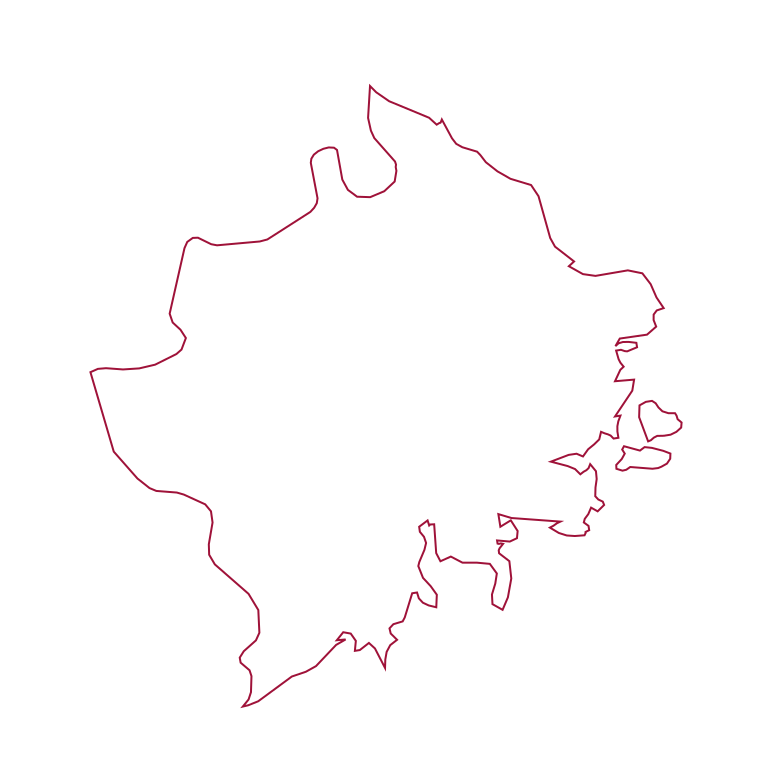 outline of Olbia-Tempio, rotated 81°
{"feature_id": "ITA-5375", "entity_name": "Olbia-Tempio", "entity_type": "Province", "adm_level": 1, "iso_a3": "ITA", "parent_name": "Italy", "parent_adm1": "", "projection": "natural_earth1", "projection_center": [9.374, 40.9], "detail": "fine", "context": "isolated", "style": "outline", "palette": "rose", "viewbox_px": 768, "rotation_deg": 81, "n_neighbors": 0, "source": "natural_earth", "source_scale": "10m", "svg_char_len": 3616}
<svg xmlns="http://www.w3.org/2000/svg" viewBox="0 0 768 768"><g transform="rotate(81 384 384)"><path d="M87.5,351.2L94.6,346.1L105.5,334.7L128.1,297.8L136.1,291.4L134.8,288.3L134.8,287.4L134.4,287.0L131.8,285.5L152.0,278.4L158.1,275.1L162.4,269.6L169.1,255.7L173.0,253.0L180.9,248.7L191.7,238.7L201.1,227.0L210.5,207.6L222.7,202.0L265.8,197.0L275.1,193.6L292.7,177.1L296.6,183.0L306.6,170.3L310.3,158.2L309.9,125.4L315.1,111.5L327.1,105.0L341.2,101.3L352.8,95.9L354.0,103.1L357.6,106.8L363.0,107.7L369.9,106.2L376.4,116.5L376.0,144.0L382.8,149.5L380.5,146.0L379.9,141.5L380.7,135.8L382.8,128.3L387.3,128.3L389.8,138.7L389.2,141.0L387.3,144.6L387.3,149.5L396.2,148.4L399.9,147.2L404.4,144.6L407.0,148.4L417.4,155.4L418.8,136.3L429.4,139.8L452.2,160.9L452.2,155.4L457.5,158.4L462.2,160.1L467.4,160.9L473.8,160.9L473.8,165.8L470.4,168.2L468.7,170.8L467.3,173.7L465.2,177.1L472.4,180.1L476.5,185.9L480.4,192.6L486.7,198.8L483.0,204.7L482.9,212.7L486.8,231.3L493.8,215.4L497.9,208.6L503.9,204.2L501.9,200.6L500.8,197.6L499.1,195.1L495.4,192.9L503.3,188.3L511.1,188.8L519.3,191.3L527.9,192.9L531.6,190.4L534.4,186.3L537.9,185.5L543.2,192.9L538.5,198.8L544.5,202.6L548.6,206.8L552.0,208.3L556.1,204.2L560.5,204.2L561.5,207.6L561.8,208.2L562.6,208.1L564.8,209.6L564.0,219.3L562.2,227.2L558.5,234.6L551.8,242.6L550.5,238.8L548.6,235.0L547.5,231.3L536.3,279.1L530.4,291.4L543.2,291.4L538.5,280.1L550.1,275.0L557.1,276.8L559.3,284.4L556.2,296.8L559.4,296.8L559.9,295.5L559.7,293.5L560.5,291.4L564.4,295.6L566.2,296.7L569.2,296.8L578.6,287.9L596.0,288.7L614.1,295.0L625.6,302.2L618.4,311.3L608.8,310.3L598.5,305.3L588.8,302.2L578.2,307.6L575.0,320.2L572.7,334.5L564.9,345.0L567.9,356.0L559.2,358.9L530.4,356.4L530.0,360.3L530.8,361.5L525.6,362.3L530.5,371.6L535.6,371.7L541.2,368.4L547.6,367.3L554.1,370.0L565.4,377.0L569.2,378.6L581.6,375.8L591.0,369.5L600.4,364.8L612.7,367.3L609.7,374.5L606.1,379.8L601.2,383.1L595.1,384.0L595.1,388.9L617.8,400.0L621.4,402.7L622.7,412.3L626.2,416.8L631.5,416.4L638.7,411.1L642.9,418.7L649.0,423.3L656.3,425.8L664.6,427.4L643.8,434.3L637.4,439.4L643.0,449.5L643.0,454.5L633.3,452.0L625.3,455.9L622.8,463.1L629.7,470.7L630.3,461.9L634.2,472.1L652.0,495.3L656.0,506.2L658.5,520.8L677.7,557.9L680.1,568.5L680.5,573.9L674.4,567.1L667.6,563.6L651.8,560.6L645.7,561.6L636.8,569.2L631.7,569.3L626.0,564.3L617.2,550.6L610.2,546.0L587.6,543.5L570.1,550.6L535.7,579.3L525.3,583.4L514.9,582.1L494.0,575.0L482.7,574.8L474.9,579.4L461.9,599.0L458.8,605.6L454.0,625.6L450.1,631.9L438.8,642.3L408.5,661.5L326.4,672.1L324.3,664.2L324.9,656.1L328.8,639.5L330.3,623.3L329.1,607.0L321.9,584.3L318.3,578.6L307.6,572.5L298.6,576.5L290.2,583.1L281.0,584.7L218.6,559.8L212.9,556.1L209.8,550.0L210.4,544.9L218.9,532.8L220.9,527.2L223.8,484.4L223.0,476.6L202.5,429.8L199.0,425.4L194.9,422.1L190.2,420.6L154.1,421.7L150.1,420.5L146.5,417.4L143.8,412.6L142.2,407.1L141.7,401.6L142.8,396.4L145.5,393.8L175.6,393.2L186.6,389.3L194.8,381.3L197.3,368.4L193.6,353.5L185.7,341.8L175.4,338.4L171.5,338.5L169.2,337.8L166.0,338.3L139.6,355.1L131.7,357.3L118.7,358.1L87.5,351.2ZM479.2,125.9L481.3,129.2L482.0,132.1L456.7,137.2L445.1,135.0L442.6,128.2L442.6,121.9L445.5,118.7L450.1,116.6L454.5,113.3L457.3,107.7L458.4,101.1L461.0,100.0L464.7,99.5L468.6,96.1L473.5,97.3L477.0,102.7L478.9,108.9L478.9,115.6L478.0,122.3L479.2,125.9ZM506.9,117.0L509.1,123.0L509.9,126.4L509.7,132.1L504.5,153.8L506.6,158.1L506.9,162.0L504.1,167.7L500.3,167.3L495.3,160.9L490.4,157.1L486.0,159.0L483.0,156.7L489.8,141.6L487.1,136.5L489.0,129.4L493.7,118.6L497.5,112.0L502.6,113.0L506.9,117.0Z" fill="none" stroke="#9f1239" stroke-width="2"/></g></svg>